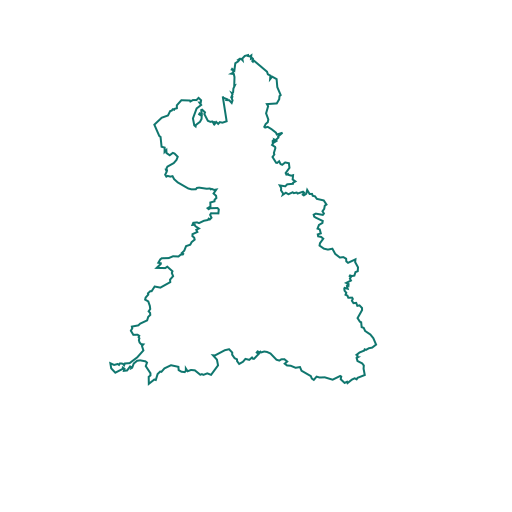 outline of Ayutla, Jalisco, Mexico, rotated 300°
{"feature_id": "50627088B89309847194921", "entity_name": "Ayutla", "entity_type": "district", "adm_level": 2, "iso_a3": "MEX", "parent_name": "Mexico", "parent_adm1": "Jalisco", "projection": "mercator", "projection_center": [-104.414, 20.041], "detail": "fine", "context": "isolated", "style": "outline", "palette": "teal", "viewbox_px": 512, "rotation_deg": 300, "n_neighbors": 0, "source": "geoboundaries", "source_scale": "gbopen_adm2", "svg_char_len": 6141}
<svg xmlns="http://www.w3.org/2000/svg" viewBox="0 0 512 512"><g transform="rotate(300 256 256)"><path d="M311.6,112.2L311.4,113.8L303.4,119.6L304.2,122.7L300.4,124.8L302.9,125.4L300.4,127.0L300.1,130.9L303.7,132.4L304.0,134.2L302.8,138.6L299.4,139.1L295.3,138.3L289.1,134.6L287.1,134.7L285.9,135.8L285.6,135.0L284.4,136.5L281.0,136.7L279.9,138.7L281.2,139.5L281.9,142.1L283.4,143.8L281.6,146.7L280.6,151.4L280.6,163.6L281.5,166.9L283.7,170.5L285.4,170.8L286.8,172.6L289.6,179.7L291.4,182.3L291.1,183.5L292.0,184.2L292.3,186.7L293.7,188.4L288.9,188.0L288.2,191.3L286.4,192.7L284.1,192.0L282.6,192.7L279.5,189.7L276.1,191.8L273.2,190.2L272.9,191.6L274.5,192.5L278.3,198.7L277.7,200.5L274.1,202.1L270.5,195.7L268.7,195.7L266.9,198.3L264.5,197.7L264.7,196.4L263.1,196.3L260.5,193.3L256.0,190.2L255.6,188.1L253.4,185.1L251.1,185.4L252.4,187.3L251.5,188.6L251.3,192.8L248.8,191.2L247.5,193.2L243.2,190.1L241.4,191.0L241.0,193.3L239.5,194.7L235.9,193.3L232.9,193.4L229.6,190.5L224.7,191.2L221.6,190.3L221.4,191.9L220.8,191.9L219.5,190.1L216.8,189.1L214.3,184.3L210.6,181.5L206.9,175.5L205.2,174.8L201.3,174.8L202.1,177.2L201.5,177.5L196.0,175.9L200.2,183.5L202.4,184.5L201.0,191.3L199.2,191.6L197.1,194.3L192.6,193.4L190.5,194.8L180.8,189.0L178.9,183.5L173.3,183.2L172.6,182.0L169.6,181.1L168.7,182.0L164.8,181.2L162.8,181.8L162.8,185.4L159.7,189.0L157.2,190.9L154.4,190.7L153.8,192.7L152.1,193.9L149.4,193.1L145.8,193.9L139.5,189.5L137.1,188.8L132.8,183.8L131.5,185.0L128.7,185.0L126.4,189.2L128.6,192.8L128.5,194.8L127.0,194.9L126.4,196.2L124.6,196.6L122.9,198.4L122.2,200.6L123.1,202.6L121.1,202.2L117.9,205.7L108.8,203.8L100.0,200.1L97.4,196.2L95.4,196.4L96.1,194.7L95.5,192.9L94.8,191.8L93.2,191.8L93.3,190.2L90.7,187.6L90.3,183.5L86.3,186.8L84.6,192.5L91.6,197.0L92.7,196.5L92.6,198.5L90.5,199.0L92.4,201.6L97.4,202.2L97.4,203.9L96.5,204.1L97.3,204.6L101.8,203.9L105.8,205.4L107.7,207.8L109.5,212.9L109.2,214.9L105.5,215.6L101.7,223.2L99.8,224.3L97.7,223.5L91.7,227.1L98.2,229.7L98.5,231.2L104.6,229.8L108.0,230.8L108.4,232.0L112.9,232.9L118.9,237.0L121.2,244.2L118.5,246.1L118.5,249.3L120.1,253.0L120.1,252.3L121.4,252.7L123.5,251.5L122.0,254.4L124.8,256.7L126.4,260.2L125.3,267.1L126.6,268.2L126.8,269.9L130.0,272.5L130.6,276.5L142.3,277.8L146.7,274.0L148.5,268.4L149.4,270.2L158.8,276.1L161.8,279.3L160.5,283.7L158.6,284.7L156.8,288.6L157.0,291.2L155.5,292.2L154.1,295.4L157.9,297.6L161.6,298.3L162.7,302.1L166.1,303.3L165.5,304.9L166.0,305.7L172.5,307.3L172.8,304.9L174.2,305.1L174.4,307.5L175.3,307.7L175.0,308.6L177.4,310.9L178.4,313.5L178.8,317.3L176.4,325.6L177.1,328.5L179.2,329.6L180.8,332.2L180.2,335.8L177.1,334.7L176.7,337.6L178.3,340.9L179.0,346.2L181.8,349.6L179.4,352.8L179.4,363.5L177.8,365.6L177.6,368.0L181.8,368.8L182.6,371.9L185.3,376.2L187.2,384.2L194.2,388.9L194.2,390.1L191.6,391.0L190.4,396.2L192.6,397.7L191.7,398.8L197.0,400.9L199.4,402.6L199.5,404.8L201.3,404.9L207.3,409.7L212.2,405.5L215.1,404.1L216.1,401.6L215.8,396.4L218.0,394.1L219.4,394.9L219.1,394.2L220.7,393.5L220.7,392.5L224.2,393.9L228.2,397.0L229.5,396.8L229.7,398.2L232.6,399.9L234.7,402.4L239.3,404.3L243.5,398.7L245.2,394.3L245.6,388.1L247.6,385.2L247.2,383.1L251.2,380.2L251.0,378.9L253.0,375.0L262.2,374.9L264.0,373.8L265.0,370.3L263.5,368.7L265.5,366.2L263.9,364.0L265.2,361.4L267.2,361.3L268.0,360.1L266.0,356.8L267.4,355.0L267.2,352.9L269.3,352.6L270.2,350.1L271.8,348.8L272.7,348.7L273.5,351.8L275.6,349.6L276.5,349.8L276.5,350.9L278.0,350.2L277.8,347.6L282.2,350.5L283.4,348.6L285.2,348.7L285.4,347.2L286.2,347.2L286.6,349.1L288.2,351.0L291.8,350.2L293.7,351.7L297.2,350.0L300.3,344.9L302.8,343.8L296.1,339.1L296.5,336.9L298.7,335.4L298.7,332.2L296.6,329.4L297.4,323.6L300.5,318.5L297.5,315.1L296.3,311.1L296.8,305.8L299.1,305.0L304.6,305.6L305.1,302.9L304.1,300.0L305.6,298.7L308.0,300.8L310.9,297.9L310.5,295.6L314.4,295.0L317.8,297.0L319.7,296.3L319.1,288.6L319.2,286.7L320.6,285.3L322.6,286.6L325.0,293.3L326.7,293.6L328.0,291.2L330.9,291.5L334.0,290.4L335.8,291.3L338.0,286.9L335.9,280.1L337.2,277.3L336.5,275.0L337.8,273.5L336.5,271.4L338.8,267.3L335.0,268.4L332.4,267.1L332.5,265.8L334.9,265.9L335.2,264.6L330.9,260.8L331.3,259.5L329.3,257.3L329.5,255.9L325.7,253.2L325.7,250.2L322.4,248.6L323.6,248.4L325.4,244.8L327.5,243.8L329.0,241.3L331.0,246.5L333.7,247.2L337.0,251.9L338.0,251.5L340.3,252.8L340.6,249.5L344.5,247.7L343.2,246.4L342.4,243.1L343.0,242.6L341.7,241.6L342.7,240.2L349.1,240.9L352.8,238.1L351.6,234.5L348.1,233.1L347.9,231.3L349.6,228.7L347.2,227.8L346.8,226.8L350.0,220.8L353.1,221.1L354.1,220.0L359.2,218.8L360.0,218.0L360.2,214.4L361.6,214.5L364.0,212.9L364.7,213.1L363.1,214.7L365.1,215.8L366.1,214.1L366.3,216.0L367.3,215.4L369.8,216.2L370.6,215.4L376.0,217.3L371.6,213.3L372.8,211.6L373.6,206.0L373.7,201.6L371.8,199.7L372.0,198.6L375.2,198.4L377.7,199.3L380.4,198.4L384.6,193.4L391.8,191.6L393.0,189.5L398.5,197.7L403.4,197.7L406.2,196.4L407.7,196.9L412.9,190.0L419.5,185.4L419.4,180.3L416.2,179.8L419.4,178.3L419.3,175.4L421.1,173.4L424.2,156.2L422.7,156.2L422.9,155.4L425.3,154.7L425.5,153.7L424.4,153.0L427.4,151.6L425.7,150.8L425.2,149.0L426.0,148.6L423.7,146.3L420.1,145.4L418.8,146.5L419.3,144.7L418.8,143.4L417.1,142.6L417.2,143.5L415.5,143.2L412.6,141.7L405.6,144.6L406.1,141.8L405.3,141.8L405.5,143.6L403.2,144.5L401.5,143.4L402.5,145.8L400.2,147.9L392.6,152.0L393.1,152.4L389.7,152.7L386.4,154.3L385.0,154.2L385.0,153.6L384.3,154.8L381.4,155.2L381.7,156.0L380.4,156.2L379.0,157.9L376.4,158.4L377.5,155.0L376.3,152.5L377.3,152.5L376.7,148.4L377.6,147.4L358.0,163.2L354.7,160.3L353.8,157.7L351.5,157.2L352.2,154.5L348.1,154.1L351.2,153.6L351.1,152.8L349.7,152.9L350.6,150.8L349.4,149.5L349.0,146.7L353.1,140.3L354.9,140.0L355.8,136.2L355.0,135.6L351.6,138.1L351.4,135.9L350.3,135.9L350.2,137.9L351.2,138.4L347.5,140.3L344.2,140.4L339.4,138.4L338.0,138.9L338.3,137.2L343.6,132.6L354.1,130.8L359.4,133.0L360.6,130.2L361.3,131.4L363.4,130.6L364.2,127.2L361.3,126.5L359.5,123.4L357.0,121.9L357.6,121.0L353.6,113.5L346.9,112.1L344.4,113.6L342.5,111.7L341.7,111.9L341.4,110.5L339.7,110.3L338.6,109.2L333.7,109.5L328.6,105.2L318.9,102.3L311.6,112.2Z" fill="none" stroke="#0f766e" stroke-width="2"/></g></svg>